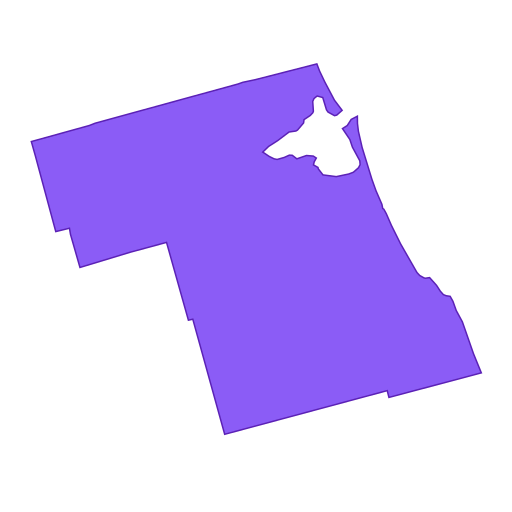 Grays Harbor, Washington, United States of America, rotated 165°
{"feature_id": "52423323B85210970682519", "entity_name": "Grays Harbor", "entity_type": "district", "adm_level": 2, "iso_a3": "USA", "parent_name": "United States of America", "parent_adm1": "Washington", "projection": "orthographic", "projection_center": [-123.98, 47.162], "detail": "fine", "context": "isolated", "style": "filled", "palette": "violet", "viewbox_px": 512, "rotation_deg": 165, "n_neighbors": 0, "source": "geoboundaries", "source_scale": "gbopen_adm2", "svg_char_len": 1341}
<svg xmlns="http://www.w3.org/2000/svg" viewBox="0 0 512 512"><g transform="rotate(165 256 256)"><path d="M332.4,91.9L164.1,92.0L164.2,85.0L68.6,84.8L71.2,105.3L73.7,139.0L76.7,151.5L77.5,161.3L78.9,166.8L82.6,168.4L85.0,170.2L87.1,174.4L89.2,180.9L93.9,190.2L98.2,190.7L99.4,191.4L102.9,194.8L104.8,198.4L113.2,230.3L117.3,250.6L119.2,263.2L120.4,268.1L121.3,269.1L121.0,273.3L123.2,288.0L124.2,300.2L125.4,333.4L124.8,350.0L123.7,357.7L121.9,364.8L128.7,363.3L134.1,358.4L139.5,356.7L135.2,344.2L134.7,336.2L131.1,321.1L131.8,317.3L134.2,314.7L140.3,311.7L145.2,311.2L157.9,311.9L170.3,317.0L173.3,324.1L173.2,325.5L176.9,329.1L175.4,331.9L172.4,335.0L174.8,337.7L181.2,340.0L191.4,339.3L194.9,343.9L197.7,344.8L203.2,343.9L210.6,343.8L213.4,345.2L217.5,348.8L221.3,353.2L222.6,354.6L215.4,358.6L205.3,361.8L192.0,367.2L185.1,366.4L183.3,366.9L175.6,372.2L174.3,375.3L167.2,377.7L164.0,379.7L163.1,381.0L161.2,390.6L159.3,393.0L157.7,393.8L155.5,394.7L150.5,391.8L150.1,379.0L149.2,376.4L143.8,371.2L141.5,371.2L135.1,374.4L139.9,386.2L144.5,406.3L146.7,418.1L147.5,425.8L211.0,426.5L223.8,427.2L228.7,426.8L377.0,425.9L383.2,425.2L443.4,424.7L443.2,409.2L443.2,404.4L443.1,331.4L429.0,331.1L429.6,324.9L429.0,290.5L376.7,292.2L338.9,292.3L337.9,211.5L333.4,211.3L332.4,91.9Z" fill="#8b5cf6" stroke="#5b21b6" stroke-width="1.5"/></g></svg>